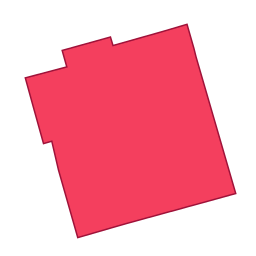 Wayne, Indiana, United States of America (orthographic projection), rotated 74°
{"feature_id": "52423323B20136389487822", "entity_name": "Wayne", "entity_type": "district", "adm_level": 2, "iso_a3": "USA", "parent_name": "United States of America", "parent_adm1": "Indiana", "projection": "orthographic", "projection_center": [-84.945, 39.86], "detail": "fine", "context": "isolated", "style": "filled", "palette": "rose", "viewbox_px": 256, "rotation_deg": 74, "n_neighbors": 0, "source": "geoboundaries", "source_scale": "gbopen_adm2", "svg_char_len": 547}
<svg xmlns="http://www.w3.org/2000/svg" viewBox="0 0 256 256"><g transform="rotate(74 128 128)"><path d="M119.7,213.5L119.7,204.9L149.1,206.4L219.5,206.5L219.4,171.8L219.4,171.0L219.4,163.4L219.4,156.6L219.4,154.9L219.5,148.8L219.5,147.5L219.6,137.9L219.6,133.4L219.7,131.9L219.8,120.3L219.9,109.8L220.0,109.3L220.1,94.4L220.1,91.6L220.2,88.3L220.6,48.3L220.7,42.5L78.3,43.0L69.6,42.7L44.6,42.7L44.8,68.5L44.6,119.7L35.7,119.8L35.3,169.9L52.4,170.0L51.5,212.9L80.7,213.2L119.7,213.5Z" fill="#f43f5e" stroke="#9f1239" stroke-width="1.5"/></g></svg>